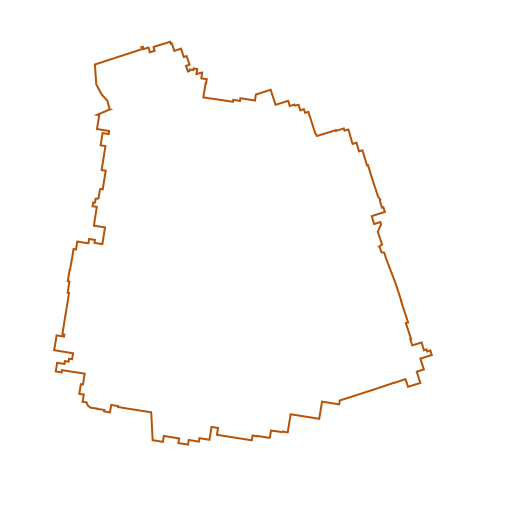 Cunderdin, Western Australia, Australia, rotated 189°
{"feature_id": "25037944B27165515239628", "entity_name": "Cunderdin", "entity_type": "district", "adm_level": 2, "iso_a3": "AUS", "parent_name": "Australia", "parent_adm1": "Western Australia", "projection": "albers", "projection_center": [117.202, -31.613], "detail": "fine", "context": "isolated", "style": "outline", "palette": "amber", "viewbox_px": 512, "rotation_deg": 189, "n_neighbors": 0, "source": "geoboundaries", "source_scale": "gbopen_adm2", "svg_char_len": 5406}
<svg xmlns="http://www.w3.org/2000/svg" viewBox="0 0 512 512"><g transform="rotate(189 256 256)"><path d="M361.8,85.2L356.9,85.2L354.4,85.2L352.9,85.2L350.2,85.2L347.7,85.2L345.7,85.2L343.5,85.2L341.0,85.2L339.9,85.2L337.9,85.2L337.0,85.2L336.7,85.2L335.3,85.3L335.3,85.2L335.2,85.1L335.1,84.9L335.0,84.6L334.9,84.3L334.8,84.0L334.7,83.6L334.6,83.2L334.4,82.3L334.1,80.7L333.8,79.4L333.5,78.0L333.1,76.3L332.5,73.1L331.7,69.2L331.2,67.1L330.9,65.5L330.3,62.8L329.7,60.0L329.2,58.0L329.2,57.9L326.8,57.9L324.7,57.9L318.9,57.9L318.9,58.1L318.9,63.8L315.9,63.8L315.7,63.8L313.5,63.8L313.1,63.8L308.0,63.8L303.4,63.8L303.4,59.1L293.6,59.1L293.7,63.8L283.4,63.7L283.4,67.2L273.2,67.2L273.2,80.2L266.6,80.2L266.6,73.3L231.3,73.3L231.3,78.2L226.4,78.1L226.4,78.4L226.4,78.5L221.3,78.5L217.5,78.5L217.3,78.4L214.9,78.5L214.6,78.5L214.4,78.6L214.2,78.7L214.1,78.8L214.0,79.0L213.9,79.1L213.9,79.3L213.9,79.5L213.9,80.8L213.9,82.5L213.9,85.0L213.9,86.0L211.9,85.9L209.2,86.1L207.0,86.1L203.2,86.1L202.9,86.2L202.4,86.5L202.0,86.6L201.9,86.7L201.7,86.7L201.6,86.8L201.5,86.7L201.0,86.8L198.6,86.7L197.1,86.8L197.0,105.1L194.8,105.1L179.6,105.1L179.0,105.1L168.1,105.1L168.0,122.5L150.6,122.5L150.6,126.4L140.8,131.4L140.7,131.4L135.0,134.3L131.6,136.0L125.0,139.4L121.1,141.3L99.3,152.7L99.2,152.5L89.5,157.6L89.2,157.7L89.0,157.4L88.9,157.4L85.4,150.6L73.9,156.3L79.1,166.9L72.5,170.2L77.6,180.4L66.9,185.7L69.0,190.0L72.0,188.5L73.0,190.4L75.4,189.2L78.9,196.5L86.4,192.8L87.7,192.2L90.6,198.0L89.9,198.4L97.5,213.1L95.6,214.2L95.4,214.2L105.7,234.2L105.4,234.3L114.1,251.3L117.3,256.7L119.4,260.4L127.0,273.6L129.9,279.4L131.1,279.4L132.6,279.3L132.9,279.6L135.4,284.5L135.4,284.8L135.5,284.8L135.3,285.0L134.6,285.8L134.4,286.0L133.3,287.1L136.3,292.9L139.5,298.9L137.4,306.8L138.5,309.0L144.3,306.0L147.9,313.4L146.9,314.0L140.4,317.3L135.6,319.7L137.8,324.1L139.1,323.4L142.2,329.7L141.9,330.9L144.9,334.0L146.6,337.5L149.1,342.3L149.1,342.2L151.8,347.5L152.3,348.4L157.2,358.4L159.2,362.5L159.6,363.3L160.5,362.9L162.5,366.9L165.4,372.9L165.4,373.0L167.4,377.0L170.6,375.5L174.5,383.6L178.1,381.9L180.2,385.8L180.1,386.3L182.0,389.6L181.9,390.0L182.4,390.9L183.3,392.8L184.1,394.6L184.3,394.9L184.6,395.4L188.2,393.7L189.2,395.7L196.5,392.1L196.8,392.8L205.5,388.5L214.6,384.1L216.7,386.5L222.1,397.2L226.8,406.6L230.0,405.1L231.7,408.5L235.0,406.8L237.6,412.0L238.1,411.9L240.9,410.7L241.2,410.6L241.3,410.7L241.8,411.6L246.1,409.4L248.5,414.3L260.3,408.4L264.3,416.2L265.2,417.9L267.5,422.5L267.7,422.4L281.3,415.5L281.4,415.4L281.4,415.2L281.3,411.5L281.3,409.4L296.1,409.4L296.1,406.7L302.9,406.7L302.9,404.7L318.0,404.6L332.8,404.4L332.8,418.7L332.3,418.7L332.3,422.9L337.8,422.9L337.8,428.8L338.2,428.7L343.1,426.5L343.3,426.4L343.3,431.5L346.9,431.5L346.9,429.9L350.5,429.9L350.6,428.4L352.1,427.6L354.9,432.8L351.6,434.5L352.5,436.4L353.8,438.8L353.9,439.0L355.8,442.6L358.4,441.2L362.5,449.1L368.7,445.8L372.5,452.9L373.4,452.4L374.3,454.1L380.2,451.2L384.2,449.3L387.1,447.9L389.9,446.5L389.9,446.4L388.2,442.8L392.8,440.6L393.1,441.3L394.3,444.1L394.8,445.1L399.4,442.8L400.1,444.2L400.4,444.9L401.5,444.4L401.8,444.3L401.5,444.0L401.4,443.8L401.2,443.6L401.1,443.3L401.0,442.9L400.9,442.5L445.0,420.0L445.1,419.9L444.9,419.2L444.7,418.4L444.4,416.9L444.0,415.3L443.4,412.7L443.1,411.2L442.2,407.5L441.7,405.3L441.3,403.6L440.8,401.4L440.6,400.5L440.5,400.4L440.2,399.9L439.0,398.4L437.7,396.7L436.2,394.7L435.4,393.6L434.3,392.3L433.6,391.4L433.4,391.2L433.2,391.0L432.0,390.0L430.2,388.6L428.5,387.2L427.5,386.5L427.4,386.4L427.2,386.2L427.0,385.9L426.9,385.7L426.7,385.3L426.3,384.2L424.1,379.4L423.5,377.8L423.4,377.8L424.9,376.9L426.1,376.2L427.9,375.0L429.9,373.8L431.9,372.5L433.2,371.7L434.9,370.6L432.9,370.6L432.9,356.5L420.6,356.5L420.6,353.4L426.8,353.4L426.8,341.0L421.9,341.0L421.9,316.7L417.8,316.7L417.8,309.9L417.8,304.6L417.8,298.5L417.8,298.2L417.8,297.9L418.3,297.9L419.9,297.9L420.1,297.8L420.4,297.6L420.5,297.5L420.5,297.3L420.6,297.2L420.5,288.5L420.6,288.4L420.6,288.2L420.8,288.0L421.0,287.9L422.9,287.8L423.0,287.8L423.1,287.7L423.3,287.5L423.4,287.4L423.4,287.2L423.4,284.2L423.4,283.7L423.5,283.6L423.8,283.3L425.2,283.3L425.2,280.2L425.2,279.9L425.2,279.5L420.9,279.7L420.9,267.5L420.9,263.8L420.9,263.7L420.8,261.9L420.8,261.4L420.8,260.6L409.6,260.6L409.6,243.7L416.3,243.7L417.6,243.7L417.6,243.8L417.6,246.7L423.5,246.7L423.5,242.4L424.0,242.3L434.8,242.3L434.8,234.3L437.3,234.3L437.3,227.2L437.5,213.3L437.9,213.3L437.9,201.6L436.3,201.6L436.3,190.3L434.9,190.3L434.9,182.0L434.9,179.0L435.0,178.6L434.9,177.9L434.9,177.6L434.9,177.1L434.9,176.7L434.9,176.4L434.9,171.2L435.0,165.9L435.0,163.7L435.0,162.9L435.0,160.5L435.0,158.5L435.0,156.4L435.0,154.1L435.0,151.1L435.0,148.8L435.0,148.7L434.9,148.5L434.7,148.5L433.1,148.5L433.1,146.4L440.5,146.4L440.6,131.5L440.6,131.4L421.4,131.3L421.5,125.3L424.6,125.3L424.6,122.3L428.3,122.3L428.3,119.4L435.7,119.4L435.7,110.7L429.7,110.6L429.7,112.9L406.8,113.0L406.8,102.0L408.9,102.0L409.0,92.2L404.4,92.2L404.5,84.9L400.4,84.9L400.0,84.3L399.7,83.5L399.3,82.8L399.2,82.7L398.8,82.3L398.7,82.0L398.5,81.9L398.3,81.7L398.2,81.7L397.2,81.1L396.5,80.8L396.0,80.5L395.9,80.5L395.6,80.4L395.4,80.3L395.1,80.3L394.7,80.3L389.1,80.4L389.1,80.2L381.7,80.2L381.7,78.8L375.8,78.7L375.7,86.2L368.7,86.2L368.7,85.6L368.6,85.2L367.7,85.2L366.2,85.3L364.0,85.2L361.8,85.2Z" fill="none" stroke="#b45309" stroke-width="2"/></g></svg>